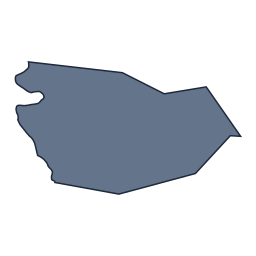 the district of Gualala, Santa Bárbara, Honduras
{"feature_id": "27666195B84597002869459", "entity_name": "Gualala", "entity_type": "district", "adm_level": 2, "iso_a3": "HND", "parent_name": "Honduras", "parent_adm1": "Santa Bárbara", "projection": "orthographic", "projection_center": [-88.228, 15.004], "detail": "fine", "context": "isolated", "style": "filled", "palette": "slate", "viewbox_px": 256, "rotation_deg": 0, "n_neighbors": 0, "source": "geoboundaries", "source_scale": "gbopen_adm2", "svg_char_len": 4488}
<svg xmlns="http://www.w3.org/2000/svg" viewBox="0 0 256 256"><path d="M240.6,136.3L206.2,86.9L164.2,93.8L122.4,72.7L28.5,61.9L28.6,62.2L28.6,62.4L28.6,62.8L28.7,63.5L28.7,64.4L28.8,64.8L28.8,65.2L28.8,65.8L28.7,66.3L28.7,66.5L28.7,66.9L28.6,67.1L28.6,67.3L28.4,67.6L28.4,67.8L28.3,68.0L28.2,68.1L27.8,68.5L27.0,69.2L25.8,70.3L24.5,71.4L24.3,71.6L24.1,71.8L23.9,71.9L23.6,72.1L23.1,72.4L22.9,72.5L22.6,72.6L22.4,72.8L21.9,73.0L21.1,73.4L19.3,74.2L17.6,75.0L16.7,75.4L16.4,75.5L16.2,75.7L16.1,75.8L15.9,76.1L15.8,76.4L15.7,76.5L15.6,76.8L15.5,77.1L15.5,77.5L15.4,77.7L15.4,78.0L15.4,78.3L15.4,78.5L15.4,78.8L15.4,79.1L15.4,79.5L15.4,79.8L15.5,80.2L15.6,80.6L15.6,81.0L15.7,81.4L15.8,81.6L15.9,81.8L16.0,82.0L16.1,82.4L16.2,82.6L16.4,82.8L16.5,83.1L16.8,83.4L16.9,83.5L17.0,83.6L17.2,83.9L17.4,84.0L17.8,84.4L18.2,84.7L18.5,84.9L18.9,85.2L19.1,85.4L19.6,85.7L21.2,86.8L23.1,88.0L23.6,88.3L23.8,88.5L24.7,89.2L25.2,89.5L25.9,90.1L26.7,90.6L27.0,90.9L27.3,91.0L27.5,91.2L27.7,91.3L27.9,91.4L28.6,91.7L29.3,92.0L29.6,92.1L30.1,92.3L30.3,92.4L30.6,92.5L30.8,92.6L31.1,92.6L31.4,92.6L31.5,92.6L31.8,92.5L32.1,92.5L32.4,92.3L32.7,92.2L32.9,92.2L33.1,92.1L33.4,92.0L33.8,92.0L34.0,91.9L35.0,91.8L35.8,91.7L37.0,91.6L37.6,91.5L38.0,91.5L38.3,91.5L38.8,91.5L39.1,91.5L39.3,91.5L39.5,91.6L39.8,91.7L40.1,91.8L40.3,91.9L40.4,92.0L40.6,92.1L41.0,92.4L41.7,93.0L42.5,93.7L42.9,94.1L43.0,94.2L43.1,94.3L43.5,95.1L43.6,95.4L43.7,95.8L43.8,96.2L43.9,96.4L44.0,96.6L44.0,96.8L44.0,97.0L43.9,97.5L43.8,97.8L43.7,98.0L43.6,98.3L43.5,98.5L43.4,98.6L43.3,98.8L43.2,98.8L43.1,99.0L42.9,99.1L42.4,99.4L42.2,99.5L41.6,99.9L41.5,100.0L41.4,100.1L40.9,100.7L40.4,101.3L40.1,101.7L39.6,102.2L39.4,102.5L39.2,102.7L39.1,102.8L38.9,102.9L38.6,103.1L38.4,103.2L38.1,103.3L37.9,103.4L37.6,103.5L37.4,103.5L36.9,103.7L36.4,103.8L36.0,103.9L35.8,104.0L35.3,104.0L34.0,104.2L33.3,104.3L31.7,104.5L31.1,104.6L30.8,104.6L30.6,104.7L30.3,104.7L29.7,104.9L29.3,105.0L29.1,105.0L28.6,105.1L27.9,105.2L27.3,105.3L26.6,105.4L26.0,105.5L25.4,105.5L24.8,105.6L24.3,105.6L24.2,105.6L23.7,105.6L22.8,105.5L21.8,105.5L21.3,105.4L20.4,105.3L19.8,105.3L19.6,105.3L19.4,105.3L19.2,105.3L18.8,105.3L18.5,105.4L18.3,105.4L18.2,105.4L18.1,105.5L17.9,105.5L17.7,105.7L17.5,105.8L17.3,105.8L17.1,106.0L16.9,106.2L16.8,106.3L16.7,106.4L16.7,106.5L16.5,107.0L16.4,107.2L16.3,107.6L16.3,108.0L16.2,108.3L16.1,108.9L16.1,109.0L16.1,109.5L16.2,110.1L16.4,111.3L16.5,112.0L16.6,112.3L16.7,112.5L16.9,113.2L17.2,113.7L17.2,113.8L17.4,114.1L17.6,114.5L17.8,114.9L17.8,115.1L17.9,115.3L18.0,115.7L18.0,116.0L18.1,116.4L18.1,116.9L18.2,117.2L18.2,117.4L18.2,117.6L18.2,117.9L18.2,118.1L18.1,118.4L18.0,118.9L18.0,119.2L17.9,119.3L17.9,119.5L17.8,119.8L17.9,120.0L18.3,120.9L18.6,121.6L19.2,122.9L19.9,124.2L20.0,124.4L20.1,124.6L22.2,127.3L23.5,128.9L24.8,130.5L26.4,132.6L28.2,134.6L28.5,135.0L28.8,135.4L29.2,135.7L29.5,136.1L29.8,136.4L30.0,136.5L30.3,136.8L30.6,137.0L31.1,137.4L31.2,137.5L31.3,137.7L31.7,138.1L32.0,138.5L32.3,138.8L32.6,139.3L32.9,139.7L33.1,140.1L33.3,140.3L33.4,140.6L33.6,141.0L34.0,141.7L34.1,141.9L34.2,142.2L34.4,142.5L34.5,142.9L34.6,143.0L34.8,143.9L35.0,144.4L35.2,145.1L35.3,145.4L35.3,145.6L35.4,146.1L35.5,146.5L36.1,148.8L36.1,149.1L36.2,149.4L36.3,149.8L36.3,150.0L36.4,150.3L36.5,150.4L36.5,150.7L36.5,150.9L36.6,151.0L36.8,152.0L37.0,153.0L37.5,154.6L37.5,154.8L37.6,155.1L37.7,155.5L38.7,156.0L39.2,156.2L39.7,156.4L40.0,156.6L40.2,156.8L41.2,157.3L41.3,157.4L42.4,158.2L43.6,159.1L43.9,159.4L44.0,159.5L44.9,160.5L45.5,161.2L46.0,161.9L46.3,162.2L46.6,162.6L46.8,162.9L47.0,163.2L47.2,163.5L47.3,163.7L47.4,163.9L47.5,164.2L47.6,164.4L47.6,164.6L47.7,165.0L47.8,165.2L47.9,165.4L47.9,165.6L48.0,165.8L48.2,166.1L48.4,166.4L48.5,166.5L48.8,167.0L49.0,167.2L49.2,167.5L49.4,167.7L49.6,167.9L49.8,168.1L50.2,168.5L50.4,168.7L50.7,168.9L50.9,169.2L51.0,169.3L51.2,169.6L51.4,169.9L51.8,170.5L51.9,170.8L52.0,171.0L52.3,171.6L52.4,171.8L52.4,172.0L52.5,172.1L52.5,172.3L52.5,172.5L52.4,172.7L52.4,172.9L52.4,173.1L52.2,173.7L52.1,174.2L52.0,174.7L51.9,175.1L51.8,175.4L51.6,175.8L51.6,176.0L51.5,176.3L51.5,176.5L51.5,177.2L51.5,177.6L51.5,178.0L51.5,178.3L51.6,178.7L51.6,179.0L51.7,179.3L51.8,179.5L51.9,179.8L52.0,179.9L52.1,180.0L52.3,180.1L52.5,180.2L52.9,180.2L53.1,180.3L53.3,180.4L53.5,180.5L53.8,180.7L54.0,180.8L54.3,181.0L54.5,181.2L54.6,181.3L54.7,181.6L54.8,181.8L54.8,182.0L54.8,182.3L54.9,182.5L118.8,194.1L195.4,173.5L230.3,135.7L240.6,136.3Z" fill="#64748b" stroke="#1e293b" stroke-width="1.5"/></svg>